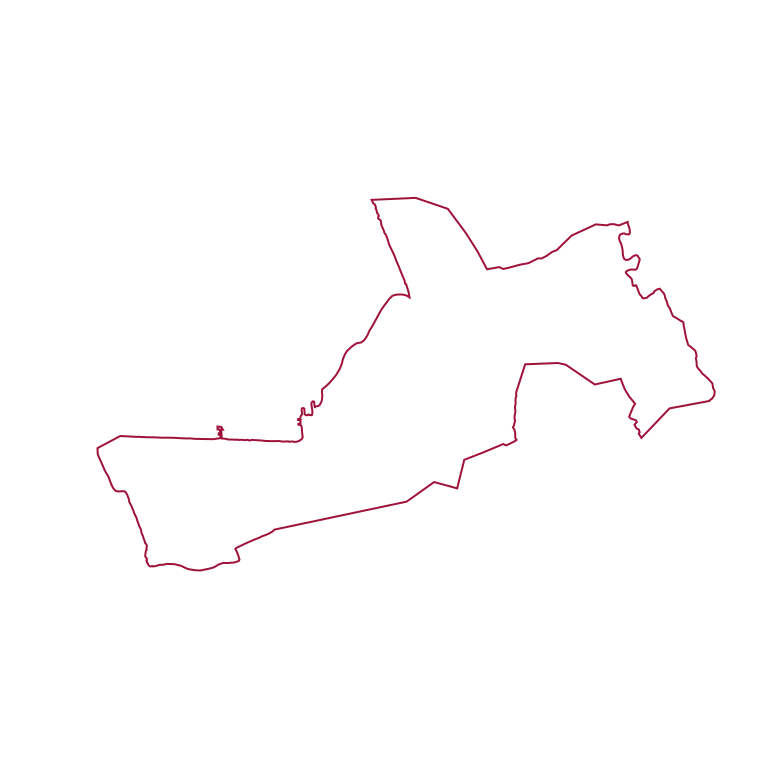 outline of Cul De Sac, Castries, Saint Lucia, rotated 332°
{"feature_id": "8701671B53480283308673", "entity_name": "Cul De Sac", "entity_type": "district", "adm_level": 2, "iso_a3": "LCA", "parent_name": "Saint Lucia", "parent_adm1": "Castries", "projection": "robinson", "projection_center": [-61.007, 13.982], "detail": "fine", "context": "isolated", "style": "outline", "palette": "rose", "viewbox_px": 768, "rotation_deg": 332, "n_neighbors": 0, "source": "geoboundaries", "source_scale": "gbopen_adm2", "svg_char_len": 6121}
<svg xmlns="http://www.w3.org/2000/svg" viewBox="0 0 768 768"><g transform="rotate(332 384 384)"><path d="M459.5,215.6L459.3,219.1L460.2,221.4L459.9,224.0L459.0,225.0L459.2,226.3L458.9,226.9L458.5,228.9L458.2,229.8L458.5,231.1L458.4,233.2L457.8,233.4L456.8,234.4L456.7,235.2L456.8,235.8L457.3,236.6L457.7,237.5L457.8,238.0L457.7,238.7L456.3,242.3L456.2,243.6L456.1,244.7L455.9,248.2L455.4,250.4L455.4,251.2L455.7,252.8L455.4,256.3L454.1,263.0L453.9,265.3L453.6,273.6L453.3,277.1L452.7,281.0L452.2,287.4L451.6,292.3L450.8,300.9L450.6,302.7L449.8,305.4L450.4,306.2L448.9,314.2L447.2,319.5L445.6,316.7L442.8,314.0L439.9,312.3L436.0,310.6L432.6,310.1L428.8,311.2L426.0,312.6L421.3,314.7L416.4,317.2L400.4,327.7L396.3,330.0L392.4,333.1L389.4,334.9L386.4,336.2L383.1,336.6L380.0,335.4L377.3,335.3L372.7,335.9L366.8,337.5L363.5,339.4L359.4,342.7L356.7,345.9L351.9,350.0L346.1,353.5L340.9,355.7L335.8,357.6L332.1,358.6L326.8,359.7L325.1,362.7L324.4,364.7L322.0,368.6L320.6,370.1L318.1,371.9L317.1,372.4L315.7,372.6L313.6,371.8L313.1,371.6L312.4,371.9L311.8,372.8L312.2,371.3L313.0,369.0L314.0,367.2L314.0,366.8L313.5,366.2L312.7,365.9L311.5,366.4L310.9,366.8L310.1,368.4L309.6,369.9L308.1,374.1L307.5,375.3L306.9,376.4L305.7,377.6L305.2,377.5L304.5,376.8L303.3,376.3L303.1,375.5L302.0,375.4L301.4,375.5L300.8,375.1L300.6,374.7L299.7,373.6L302.1,368.3L301.6,367.5L300.9,367.1L300.3,367.0L299.7,367.3L299.1,368.2L297.9,371.3L297.4,372.2L296.9,372.6L295.7,373.1L294.8,373.8L293.7,375.4L293.7,375.7L291.8,374.6L291.4,374.7L291.1,375.2L291.3,375.6L293.1,376.9L291.7,379.7L290.0,379.0L289.7,379.0L289.4,379.4L289.4,379.7L289.5,380.0L291.2,381.0L291.2,383.0L290.8,384.2L288.7,388.9L287.5,392.2L286.7,393.2L286.7,393.3L285.7,393.9L285.4,394.1L282.8,394.3L282.1,394.5L279.8,393.9L278.9,393.7L277.9,393.1L276.0,391.7L273.0,390.3L272.3,389.5L270.8,389.0L269.4,388.1L268.1,387.7L264.7,385.2L257.2,381.3L251.9,378.2L249.2,376.3L240.7,371.1L239.8,371.1L238.5,370.6L237.9,369.9L237.7,369.4L237.1,369.0L236.0,368.9L232.0,366.4L230.8,365.7L230.0,365.5L226.9,363.4L226.2,363.3L224.1,361.9L220.4,359.9L218.4,358.0L215.2,355.9L218.9,347.8L220.3,348.7L220.2,345.5L217.0,343.4L215.7,346.0L217.7,347.1L216.2,350.5L214.9,349.9L214.2,351.1L215.2,351.9L215.4,352.5L214.4,355.1L207.4,352.6L193.5,344.9L191.5,343.8L187.3,341.0L185.1,339.9L180.5,337.3L174.0,333.3L166.3,329.0L163.3,327.5L156.0,323.2L149.7,319.7L148.7,319.2L147.2,318.1L144.9,317.0L143.2,315.7L141.3,314.9L131.1,308.7L128.1,307.0L126.7,306.1L101.0,306.1L100.0,308.0L99.2,309.8L98.5,310.9L98.0,313.9L97.6,320.9L96.9,328.8L96.9,332.2L97.1,334.1L97.1,337.2L96.1,344.7L96.0,347.1L96.1,349.5L97.0,352.6L99.9,354.7L102.0,355.5L103.8,356.5L104.5,357.0L105.0,357.7L105.2,359.1L105.3,360.9L104.9,364.0L104.8,365.2L104.2,367.4L103.8,368.2L103.7,369.2L103.8,372.5L103.4,376.1L103.4,377.1L103.3,378.0L103.1,378.6L102.9,380.2L102.7,382.9L102.6,384.1L102.8,384.7L102.8,385.0L102.6,385.4L102.6,386.0L101.8,389.9L101.7,391.1L101.5,392.8L101.2,393.7L101.2,396.2L101.0,398.4L100.7,399.6L100.0,401.8L99.8,403.3L99.8,405.4L99.3,407.0L98.9,410.5L98.4,412.5L98.8,413.6L98.9,414.4L98.8,415.0L98.3,416.1L96.8,418.1L96.6,418.8L96.4,419.2L95.6,419.4L95.2,419.8L92.6,423.4L92.2,424.4L92.6,426.3L92.3,427.7L92.0,428.0L91.8,427.9L91.3,428.4L91.4,429.5L90.8,430.4L91.2,431.6L91.0,432.8L91.2,434.1L91.7,435.0L92.5,435.6L94.0,436.0L94.1,436.4L96.0,437.3L98.2,437.8L101.2,438.4L104.3,440.0L107.4,440.7L114.4,444.7L119.4,449.2L123.4,454.6L124.7,455.9L130.3,460.1L134.7,462.6L142.0,464.7L146.9,465.9L149.7,466.0L152.9,465.7L158.0,466.5L162.0,468.7L168.2,471.4L172.8,472.1L174.0,471.1L174.7,467.6L175.3,462.6L175.3,459.9L176.5,459.4L187.0,459.8L196.2,460.5L202.2,461.2L204.8,461.2L208.7,461.8L213.0,462.1L216.6,461.8L218.8,461.1L348.8,498.5L382.2,494.1L399.6,510.5L419.3,488.6L438.6,490.9L461.2,493.0L462.8,495.4L465.3,495.7L471.6,495.9L474.7,495.7L474.8,495.5L474.6,495.0L474.7,493.0L477.1,488.3L477.4,486.6L477.7,485.5L477.5,482.8L479.6,481.3L480.5,480.1L482.6,478.0L482.7,477.0L483.0,476.0L484.2,473.6L486.5,470.8L487.2,469.9L488.2,467.3L488.5,466.3L491.6,462.2L492.2,460.4L494.4,457.3L495.2,456.8L495.9,454.9L497.0,453.2L517.9,432.9L547.4,447.1L553.6,452.4L569.9,483.4L595.5,490.5L594.9,494.5L594.1,502.0L594.6,510.0L596.4,519.4L593.4,521.1L587.4,526.0L585.1,528.0L585.4,530.0L589.4,534.3L589.4,536.3L586.1,537.5L586.1,541.8L587.6,543.8L587.1,546.6L585.6,547.5L586.0,552.4L624.7,539.6L663.2,551.7L665.1,551.0L666.7,551.0L670.4,549.0L672.6,545.6L672.7,542.1L674.2,537.7L672.9,532.2L671.3,527.5L669.9,524.2L669.7,522.3L668.5,516.5L668.9,514.2L670.3,511.4L670.8,509.9L671.4,507.6L672.9,506.5L673.6,504.6L674.2,502.3L674.4,500.7L673.9,499.1L671.7,493.9L671.0,492.6L671.1,491.3L672.5,484.6L673.6,481.0L674.8,477.4L676.2,472.6L677.2,470.2L677.0,469.2L675.9,467.9L673.3,463.3L671.1,459.9L671.1,457.7L671.5,454.1L671.9,452.0L671.5,447.8L672.4,444.1L672.7,440.1L673.5,437.4L673.6,435.6L672.2,429.3L669.5,428.7L666.4,429.0L664.8,430.2L661.3,430.2L656.3,431.2L654.0,430.5L652.7,429.7L652.5,427.0L651.8,424.7L652.8,417.3L652.9,415.2L652.4,414.8L651.2,415.0L649.9,413.8L651.7,408.9L651.9,407.5L651.7,406.0L650.5,402.8L650.1,401.3L649.8,399.5L650.0,398.8L650.7,398.4L651.4,398.3L653.9,398.3L654.6,398.5L656.4,399.2L659.7,401.1L660.5,401.2L661.1,401.1L662.7,399.8L664.0,398.6L668.1,394.3L668.4,393.8L668.4,393.0L668.2,391.3L668.2,390.1L668.0,389.6L667.7,389.1L667.3,388.8L666.8,388.5L665.2,388.2L663.6,388.2L661.2,388.8L658.9,389.1L657.5,388.8L656.0,388.0L655.3,387.3L654.8,386.2L654.9,384.8L655.6,382.1L657.7,377.4L658.4,375.0L659.2,371.6L659.3,369.8L659.3,368.6L659.5,367.0L660.1,365.5L660.7,364.7L661.4,363.8L662.5,363.2L663.1,362.9L664.3,363.0L666.7,363.7L668.0,365.3L670.2,366.8L670.8,366.9L671.3,366.7L672.2,365.6L673.0,364.1L673.6,362.5L674.1,360.3L674.3,358.0L674.6,356.7L674.8,355.9L675.2,355.3L665.7,354.2L662.3,351.0L659.0,349.2L655.4,348.6L645.9,342.5L619.4,341.0L599.3,346.9L594.7,346.3L587.5,347.2L582.3,347.2L579.0,345.4L568.2,345.1L560.2,342.5L549.4,340.1L543.2,338.4L540.7,334.9L528.9,331.1L528.8,328.4L528.8,310.7L527.2,289.4L522.6,259.3L499.3,234.5L459.5,215.6Z" fill="none" stroke="#9f1239" stroke-width="2"/></g></svg>